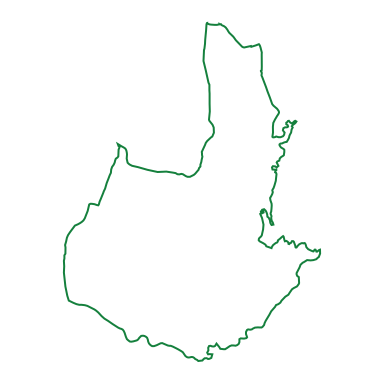 outline of Vera Cruz, Dili, East Timor
{"feature_id": "22284137B41604792993839", "entity_name": "Vera Cruz", "entity_type": "district", "adm_level": 2, "iso_a3": "TLS", "parent_name": "East Timor", "parent_adm1": "Dili", "projection": "robinson", "projection_center": [125.57, -8.588], "detail": "fine", "context": "isolated", "style": "outline", "palette": "green", "viewbox_px": 384, "rotation_deg": 0, "n_neighbors": 0, "source": "geoboundaries", "source_scale": "gbopen_adm2", "svg_char_len": 6020}
<svg xmlns="http://www.w3.org/2000/svg" viewBox="0 0 384 384"><path d="M276.0,178.7L276.5,174.1L276.1,172.9L275.1,172.3L275.4,170.9L276.3,170.3L276.3,169.6L275.2,169.7L272.5,169.5L272.0,167.4L272.9,166.2L275.2,166.4L276.7,167.4L278.4,165.9L276.7,162.5L277.3,161.5L279.3,160.6L279.8,158.4L281.3,156.9L282.7,156.1L283.8,155.3L284.3,152.1L284.3,149.8L283.6,149.0L280.9,147.4L279.6,145.4L279.5,144.4L280.4,143.6L282.2,143.4L283.7,142.6L285.3,142.1L286.7,141.9L288.0,139.8L289.0,137.8L289.4,135.9L290.0,134.5L291.1,132.6L291.6,129.5L292.7,127.5L291.8,126.2L292.9,124.9L294.7,123.6L295.7,122.6L296.4,121.5L295.2,120.8L294.3,121.3L292.8,122.8L291.6,123.4L290.0,122.3L288.9,120.8L288.0,121.0L287.0,122.3L286.3,122.7L286.3,124.3L287.6,125.1L288.1,126.4L287.6,127.1L286.7,127.3L285.1,127.3L283.4,128.2L282.9,130.2L283.7,131.5L284.6,132.5L284.1,134.8L283.1,136.2L280.6,137.2L278.6,137.2L276.1,136.5L275.3,137.0L274.0,137.3L273.0,137.3L272.4,136.8L273.0,132.6L272.9,126.9L273.3,122.9L275.0,119.5L277.2,115.8L278.2,114.4L279.0,112.7L279.0,112.0L278.6,110.9L277.1,108.8L273.5,105.7L272.2,104.1L269.9,97.6L267.5,91.4L266.1,87.3L262.2,77.0L261.6,75.7L261.5,75.3L261.8,73.1L261.6,72.0L261.2,71.8L261.1,71.6L260.9,71.1L260.9,70.8L261.7,70.2L261.8,66.6L261.7,54.2L261.8,52.5L260.5,47.4L259.8,45.4L258.9,44.2L255.8,45.4L251.3,46.8L251.0,46.0L244.1,47.5L242.8,47.1L242.1,46.7L235.9,40.3L234.0,37.6L233.3,36.7L229.8,33.3L229.0,32.5L228.7,31.9L228.0,30.9L227.2,29.4L226.4,28.5L226.0,27.8L225.4,27.2L224.3,26.4L223.7,26.0L222.6,25.6L221.7,25.1L221.2,24.7L221.1,24.3L220.7,24.2L220.3,24.2L219.8,24.4L219.6,24.4L219.2,24.0L219.1,24.4L216.8,24.9L215.2,24.9L211.0,24.6L209.6,24.4L207.9,23.8L207.2,23.3L207.2,23.0L206.9,23.1L206.5,24.3L206.1,30.2L205.2,39.9L205.0,43.9L204.4,48.8L204.0,50.0L203.5,61.0L205.8,70.5L208.5,82.7L209.4,84.7L209.4,90.3L209.6,93.7L209.6,103.9L209.8,111.5L209.0,119.7L209.4,120.8L212.5,124.7L213.7,127.5L213.9,132.7L212.3,136.5L210.9,137.5L207.2,141.0L205.8,142.9L205.1,144.8L201.8,151.9L202.0,153.5L202.0,154.9L202.4,156.7L201.7,159.6L201.3,162.0L200.4,164.7L200.4,166.5L199.0,168.2L198.6,169.7L195.2,173.7L193.8,174.9L190.0,176.8L187.5,176.8L185.8,176.1L182.8,174.2L181.3,173.9L179.2,174.4L177.4,174.2L175.6,173.1L172.8,172.6L166.3,171.6L157.6,172.0L147.4,169.8L137.9,167.1L132.1,165.8L129.6,164.5L128.6,163.7L127.6,162.7L126.7,158.6L127.0,154.4L126.8,152.6L126.4,150.7L125.8,149.3L125.1,148.4L123.6,147.4L121.4,146.2L117.8,144.0L118.6,146.2L119.6,146.8L119.5,147.4L118.6,149.6L118.3,156.4L117.5,157.5L115.8,158.7L115.1,160.6L114.7,162.5L113.7,164.7L112.1,166.9L111.2,169.5L110.9,172.8L109.7,175.3L108.5,178.5L106.7,183.1L105.1,188.6L103.7,191.5L103.4,192.5L100.9,198.7L99.6,201.7L98.9,204.3L98.3,205.3L97.1,205.1L94.5,204.2L91.8,203.8L90.3,203.8L89.2,204.5L87.7,210.9L84.8,218.3L83.4,220.5L81.7,222.0L79.9,223.2L77.9,224.3L74.9,225.6L70.0,232.2L68.0,235.2L66.9,237.8L66.1,241.6L65.1,245.0L65.5,247.5L65.4,253.7L64.4,255.3L64.4,258.5L63.9,260.9L64.2,266.3L63.9,272.6L65.4,286.5L67.3,295.8L68.8,300.6L73.3,302.8L76.4,304.1L79.2,304.8L81.5,304.8L84.9,305.2L87.4,305.9L94.5,309.5L96.1,310.6L98.3,312.5L101.6,316.1L104.4,318.6L108.1,320.9L112.7,324.1L115.8,326.1L118.3,327.7L120.0,328.5L121.4,328.9L122.7,329.6L123.7,330.9L124.6,332.8L125.9,336.8L126.9,339.1L128.2,340.3L129.8,341.5L131.2,341.7L133.2,341.4L136.8,340.4L138.1,339.5L139.3,337.8L141.2,335.9L143.0,335.7L144.5,336.0L146.0,336.8L147.1,337.8L147.8,339.6L148.2,341.6L149.0,343.5L150.6,345.2L152.1,346.1L154.1,346.1L156.7,345.2L160.6,343.3L162.2,343.1L167.8,345.5L169.4,345.8L170.7,345.8L172.8,346.6L176.2,348.3L178.3,349.4L181.2,351.1L182.8,352.2L185.4,356.0L186.9,357.1L188.2,357.5L189.7,357.4L191.4,357.0L192.8,357.1L194.2,357.9L195.2,359.0L197.1,359.9L198.3,361.0L202.4,360.5L203.4,359.3L204.6,358.3L206.7,358.2L208.1,359.0L209.4,358.8L211.3,357.9L212.3,354.3L209.4,354.1L208.1,354.3L207.2,352.7L208.4,350.3L208.2,347.8L209.1,346.0L210.5,345.8L212.1,346.4L213.9,346.5L215.1,345.9L216.5,343.6L219.3,347.1L220.3,348.8L223.7,349.2L225.1,349.2L226.9,348.1L229.8,346.1L231.7,345.4L233.9,345.5L235.6,345.7L237.2,345.1L238.7,343.9L239.4,342.1L239.4,339.2L240.7,338.4L244.1,338.6L246.4,338.1L247.1,337.2L246.0,334.1L246.0,332.0L247.0,330.0L248.1,329.4L250.2,329.7L251.8,329.4L252.9,328.6L255.0,327.6L257.5,327.4L261.6,327.5L262.6,326.8L264.1,325.0L264.6,323.1L265.7,320.8L269.4,314.7L271.2,311.3L275.1,306.8L276.0,305.1L278.4,304.1L280.4,302.6L281.5,300.7L285.3,296.7L288.4,294.7L289.7,292.6L292.0,289.3L293.7,288.1L297.0,286.4L298.7,284.1L299.1,283.0L298.8,277.1L297.2,275.9L296.6,274.4L296.6,273.1L299.6,267.3L300.5,264.8L302.7,262.7L303.6,262.3L307.1,260.1L310.7,260.4L313.4,260.1L316.3,259.2L317.8,257.7L318.8,257.0L320.1,253.6L320.0,249.7L319.4,249.9L319.0,250.1L317.2,251.6L316.4,251.6L316.1,250.8L315.5,249.7L314.6,249.7L313.5,251.4L313.1,251.4L311.3,250.7L308.2,249.2L306.4,247.2L305.7,244.6L305.3,243.8L304.9,243.2L304.2,243.0L303.4,243.4L302.3,243.1L301.5,243.2L300.2,243.8L299.1,244.4L297.3,246.3L296.6,247.4L296.0,247.6L295.5,247.2L295.2,245.5L293.8,241.7L293.0,241.1L291.9,241.2L291.5,242.1L290.8,243.0L290.1,243.1L289.2,244.1L288.5,243.9L288.3,242.5L287.8,241.9L287.0,241.3L286.2,240.9L284.9,241.3L284.5,240.3L283.6,236.6L283.1,236.1L281.5,237.3L280.5,238.3L277.9,240.4L277.8,241.5L277.1,242.5L275.8,243.0L274.3,244.1L272.8,245.4L271.7,247.4L271.5,248.1L266.3,246.3L265.5,244.7L263.4,243.3L259.6,241.3L258.7,240.2L258.9,238.8L259.3,238.1L261.1,236.4L261.8,235.3L263.1,229.4L263.5,224.6L262.0,217.9L260.2,213.9L261.3,212.7L260.9,211.4L261.6,210.9L262.2,211.9L262.4,213.1L263.6,212.5L263.4,211.4L262.9,210.6L262.4,209.7L264.1,209.2L265.6,210.6L266.5,212.3L267.2,214.5L267.4,216.7L268.7,217.7L269.9,220.2L270.3,222.8L271.0,224.2L271.6,225.0L273.4,224.6L272.8,222.6L271.6,220.5L271.2,217.9L271.5,216.1L270.6,213.8L270.8,212.6L271.2,211.6L271.5,208.6L271.7,205.7L271.6,203.7L270.4,200.2L270.1,198.0L271.2,196.1L272.3,193.9L272.8,192.1L272.3,190.4L272.6,189.6L273.5,188.2L274.4,185.7L275.8,180.8L276.0,178.7Z" fill="none" stroke="#15803d" stroke-width="2"/></svg>